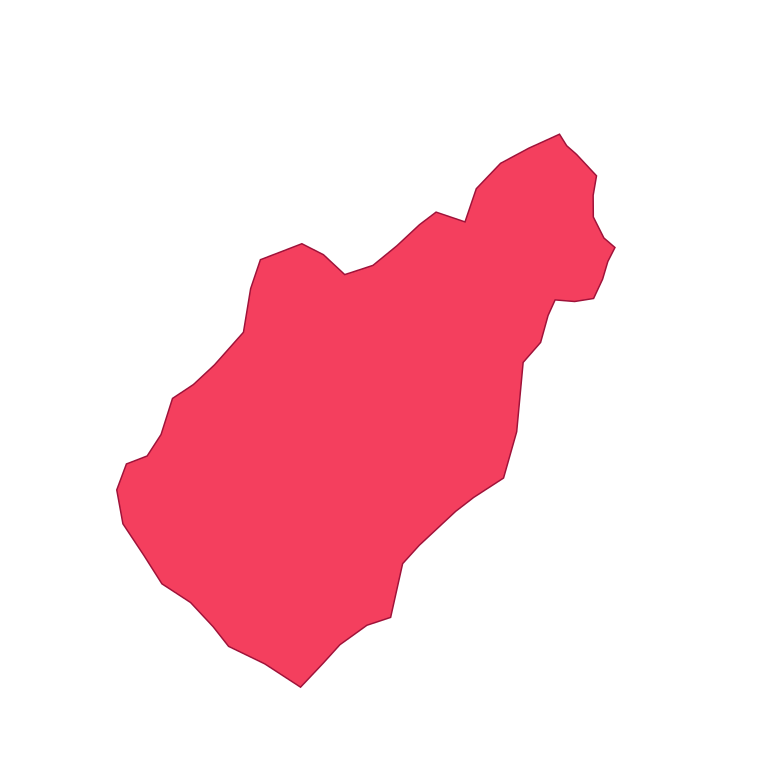 outline of Aglantzia, Nicosia, Cyprus, rotated 317°
{"feature_id": "46923920B61795376722759", "entity_name": "Aglantzia", "entity_type": "district", "adm_level": 2, "iso_a3": "CYP", "parent_name": "Cyprus", "parent_adm1": "Nicosia", "projection": "albers", "projection_center": [33.427, 35.144], "detail": "fine", "context": "isolated", "style": "filled", "palette": "rose", "viewbox_px": 768, "rotation_deg": 317, "n_neighbors": 0, "source": "geoboundaries", "source_scale": "gbopen_adm2", "svg_char_len": 837}
<svg xmlns="http://www.w3.org/2000/svg" viewBox="0 0 768 768"><g transform="rotate(317 384 384)"><path d="M682.7,321.0L650.8,310.3L619.8,302.1L584.7,304.1L553.8,320.7L539.3,293.8L518.7,291.7L487.7,291.7L456.8,289.7L429.9,277.2L427.9,248.2L419.6,225.4L378.4,208.8L351.5,223.3L316.5,250.3L273.1,254.4L244.2,254.4L219.5,250.3L186.5,268.9L161.7,275.1L141.1,266.8L116.3,279.2L97.7,308.2L91.5,345.6L85.3,378.7L93.5,411.9L93.5,445.1L91.4,469.9L105.9,507.3L116.2,548.8L149.2,546.7L174.0,544.6L207.0,548.8L229.7,559.2L275.1,528.1L299.9,526.0L349.5,526.0L372.2,528.1L407.3,534.3L448.5,509.4L500.5,463.1L526.9,460.4L550.7,445.8L566.5,439.2L579.7,453.7L595.6,464.4L615.4,456.4L631.2,447.1L646.0,441.7L644.4,427.2L651.0,404.6L665.6,388.7L681.4,376.7L681.4,347.6L680.1,334.3L682.7,321.0Z" fill="#f43f5e" stroke="#9f1239" stroke-width="1.5"/></g></svg>